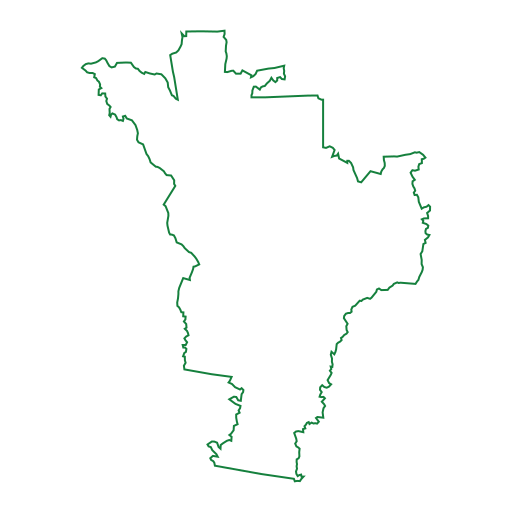 Cascavel, Paraná, Brazil
{"feature_id": "56859067B17603157029702", "entity_name": "Cascavel", "entity_type": "district", "adm_level": 2, "iso_a3": "BRA", "parent_name": "Brazil", "parent_adm1": "Paraná", "projection": "equal_earth", "projection_center": [-53.389, -25.057], "detail": "fine", "context": "isolated", "style": "outline", "palette": "green", "viewbox_px": 512, "rotation_deg": 0, "n_neighbors": 0, "source": "geoboundaries", "source_scale": "gbopen_adm2", "svg_char_len": 5981}
<svg xmlns="http://www.w3.org/2000/svg" viewBox="0 0 512 512"><path d="M261.1,474.0L293.9,478.8L294.8,481.3L297.2,480.9L299.9,481.1L301.2,479.1L303.5,476.6L301.5,476.6L301.1,474.6L299.2,475.1L297.7,476.1L296.4,473.9L296.0,471.5L297.0,468.7L296.6,466.2L297.0,464.1L296.6,462.0L296.7,459.4L298.6,458.3L299.4,456.4L299.2,452.2L299.6,448.7L298.3,447.5L296.4,446.4L295.2,443.6L296.7,441.2L296.2,438.6L294.2,433.0L296.0,431.5L298.4,431.1L303.3,432.2L303.0,429.1L305.3,428.4L304.5,426.2L305.9,424.7L306.9,422.9L308.7,422.1L309.5,424.0L311.6,422.6L313.5,423.5L315.2,423.2L317.1,423.6L318.8,421.7L316.0,418.0L317.4,417.0L323.3,417.7L322.6,412.4L323.5,408.2L325.1,406.0L324.1,404.2L321.8,401.7L324.9,398.3L323.5,396.9L321.3,397.1L319.6,396.7L320.3,394.5L321.7,392.1L320.0,389.8L320.2,387.3L322.2,385.2L324.3,387.0L326.7,387.7L328.9,386.7L331.1,384.3L329.1,383.1L327.6,380.1L330.8,374.8L331.6,372.9L329.9,370.7L331.3,369.0L330.7,366.6L332.3,366.9L332.6,364.3L331.9,361.8L332.0,358.5L330.8,354.7L331.5,351.8L334.3,354.3L335.4,352.0L336.1,349.4L336.7,344.1L338.1,342.7L340.1,341.6L341.6,340.1L341.0,338.0L342.6,336.9L344.2,335.0L346.5,333.7L347.7,332.1L346.6,330.0L346.3,326.2L347.6,323.8L343.9,318.2L344.2,316.0L345.9,313.7L348.1,313.0L350.0,313.0L351.6,311.7L351.3,309.5L352.5,306.8L355.2,305.7L359.7,300.7L361.4,301.0L362.8,299.6L367.2,297.9L370.1,298.8L371.5,297.7L376.3,291.8L376.9,289.5L379.0,288.5L381.3,290.1L387.7,289.9L389.4,287.6L392.6,285.6L393.8,283.9L397.2,282.4L398.7,283.0L400.4,282.7L415.5,283.9L417.1,281.4L418.4,279.9L419.3,276.9L421.8,272.0L422.6,269.8L422.9,267.2L421.6,264.1L421.7,260.0L420.6,254.0L422.3,251.3L423.4,244.0L425.6,242.9L424.9,239.9L428.0,237.4L429.4,235.0L427.1,234.5L425.6,233.2L425.4,231.1L426.0,228.9L427.9,227.8L428.3,225.6L426.3,224.0L422.8,222.8L423.3,220.8L421.9,219.3L424.0,218.4L428.1,218.3L428.1,216.0L427.1,213.0L430.0,210.5L430.1,206.7L428.5,205.1L426.6,206.7L423.7,207.4L421.7,208.7L418.8,201.8L418.3,197.3L416.9,194.8L414.6,195.0L413.8,192.6L415.2,190.7L414.5,188.4L413.3,186.5L412.4,183.9L412.6,181.3L414.8,179.8L412.5,176.7L410.6,172.7L412.4,170.2L415.0,170.7L418.7,169.5L418.4,166.7L419.2,164.1L421.9,163.1L421.8,159.2L423.7,158.8L425.4,157.6L423.1,154.8L419.3,152.1L416.5,152.7L414.9,152.3L410.2,154.1L405.3,154.8L397.1,156.6L394.3,156.4L383.7,156.7L383.9,160.0L384.7,163.0L384.8,165.9L383.9,168.0L382.6,169.3L381.3,171.5L380.7,174.0L370.5,171.2L361.2,182.3L358.0,181.4L357.1,178.1L353.5,170.1L353.1,167.3L352.1,165.2L351.1,163.0L348.9,160.8L347.3,160.8L347.3,162.9L339.1,158.5L338.1,153.7L336.8,155.6L334.4,155.9L332.1,156.8L334.6,150.0L332.8,147.8L329.7,146.3L326.0,147.9L323.1,147.3L323.1,99.7L321.5,99.7L318.4,98.3L317.5,95.5L308.0,95.6L266.1,97.3L251.5,97.3L251.5,95.2L252.3,93.3L252.4,90.5L253.8,86.7L255.9,86.6L259.8,89.6L260.9,87.4L262.7,86.4L264.8,86.0L266.9,83.4L269.8,80.8L271.4,77.8L273.2,80.4L275.4,82.1L277.2,80.5L277.2,78.0L280.1,77.1L281.8,79.0L284.6,79.4L285.1,76.3L283.9,73.7L284.2,70.9L283.7,68.1L284.2,65.7L274.5,68.0L268.4,68.6L257.1,70.7L255.6,74.0L253.3,76.2L251.0,77.3L251.4,75.3L242.4,70.4L240.6,73.7L236.0,73.7L233.3,70.7L231.6,70.8L227.3,72.1L224.9,71.9L225.3,64.1L226.6,58.5L226.8,56.2L226.4,53.5L225.7,51.4L226.0,45.7L226.6,42.2L226.2,39.9L223.6,36.9L224.6,34.0L224.5,30.7L217.4,31.6L201.1,31.3L186.3,31.5L186.2,36.1L184.3,36.2L181.7,33.4L182.5,37.2L182.0,39.9L181.6,44.2L180.6,46.4L178.4,50.4L176.2,52.5L172.3,53.7L170.2,55.1L172.9,71.6L174.2,77.3L177.8,99.7L175.9,98.8L173.5,95.9L171.9,95.3L169.9,90.4L168.2,87.2L167.7,82.5L165.3,78.3L161.4,74.3L156.5,73.5L154.7,74.5L150.0,73.5L145.3,72.0L144.2,73.9L141.7,72.7L139.5,70.9L137.9,68.8L135.9,68.5L133.9,67.0L130.9,62.7L126.1,62.5L117.0,62.9L114.9,66.6L111.6,67.4L109.4,66.1L107.5,62.9L106.2,60.3L104.8,58.6L102.3,58.2L98.2,61.2L95.9,62.4L91.0,63.7L88.4,63.4L85.8,64.1L83.3,66.0L81.9,67.8L85.6,70.6L87.1,72.3L89.6,73.0L92.6,73.0L94.8,74.1L94.2,77.3L96.1,78.1L97.4,80.5L98.9,81.7L100.1,84.4L99.9,86.7L101.3,88.1L98.8,89.5L98.6,94.9L100.8,95.3L102.2,93.4L105.2,93.5L105.4,96.5L107.0,98.7L106.3,101.0L107.2,103.9L109.4,105.6L110.6,107.0L109.5,108.9L109.7,113.1L109.2,115.2L110.5,116.7L111.0,114.8L112.4,113.4L115.1,114.6L116.6,117.3L117.2,119.2L119.0,120.4L120.9,120.1L122.9,120.9L123.5,118.8L122.9,116.5L125.2,115.8L126.8,118.5L131.9,120.3L135.5,125.1L137.2,129.9L137.9,133.3L137.3,136.1L137.0,139.7L138.5,142.3L143.1,144.4L146.5,154.0L148.2,156.2L149.6,159.2L150.6,162.4L155.8,166.7L157.5,166.9L159.7,168.0L163.9,171.3L165.0,173.2L166.6,175.1L171.1,175.5L174.2,180.3L174.1,183.9L175.3,185.9L163.7,204.6L165.6,206.2L168.3,213.0L168.4,215.8L167.2,222.9L167.5,225.7L169.1,232.6L170.1,234.5L171.8,234.6L173.9,235.4L175.4,238.2L176.7,242.4L181.6,244.4L183.4,246.2L184.7,248.1L189.0,252.1L191.2,252.8L194.7,256.6L196.2,258.6L198.2,262.0L199.2,264.4L195.1,266.4L193.5,266.7L193.1,269.0L191.9,272.3L189.6,277.8L189.9,280.0L183.2,278.1L179.2,287.9L178.4,291.3L178.4,294.1L178.0,298.4L177.2,302.5L177.4,305.9L179.0,307.3L180.3,309.6L181.3,312.2L183.4,312.4L183.2,316.3L185.6,316.6L185.4,319.4L183.9,321.5L186.2,324.0L186.5,327.6L184.8,328.8L187.0,330.9L188.0,333.1L188.5,335.3L186.2,336.5L184.4,338.4L185.4,340.2L187.1,342.2L185.7,345.0L182.7,345.0L183.3,347.5L185.0,347.5L186.4,348.9L185.9,351.9L184.3,353.0L183.1,356.3L184.8,356.7L184.9,360.3L185.6,362.8L183.9,365.7L184.4,369.4L211.5,374.2L231.6,376.9L229.9,380.7L228.6,382.5L232.0,384.0L235.1,387.2L240.0,389.5L241.6,388.2L243.4,390.0L243.1,392.1L241.6,394.2L240.8,400.8L238.2,400.3L236.3,397.0L233.9,396.7L229.3,399.3L235.5,403.9L240.5,405.9L240.1,408.1L238.6,410.5L239.6,412.7L236.2,414.5L236.2,417.7L236.9,421.7L237.6,424.2L233.9,425.9L233.6,430.3L231.0,433.8L229.4,435.0L231.6,436.8L231.3,440.8L229.3,440.0L226.9,440.8L223.1,443.2L220.7,445.0L220.5,448.7L218.6,447.0L217.1,442.7L214.4,441.6L211.9,441.5L207.5,444.5L208.6,446.4L210.8,447.1L212.3,450.2L216.4,454.2L217.7,456.7L212.9,455.9L210.3,458.2L211.1,459.9L213.3,461.2L214.3,462.7L214.9,465.7L261.1,474.0Z" fill="none" stroke="#15803d" stroke-width="2"/></svg>